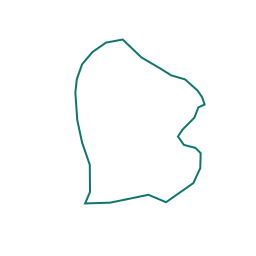 the Statistical Region of Kičevo, rotated 55°
{"feature_id": "MKD-2954", "entity_name": "Kičevo", "entity_type": "Statistical Region", "adm_level": 1, "iso_a3": "MKD", "parent_name": "North Macedonia", "parent_adm1": "", "projection": "natural_earth1", "projection_center": [20.955, 41.51], "detail": "fine", "context": "isolated", "style": "outline", "palette": "teal", "viewbox_px": 256, "rotation_deg": 55, "n_neighbors": 0, "source": "natural_earth", "source_scale": "10m", "svg_char_len": 533}
<svg xmlns="http://www.w3.org/2000/svg" viewBox="0 0 256 256"><g transform="rotate(55 128 128)"><path d="M152.7,51.8L151.5,58.6L157.6,67.6L160.6,84.2L163.6,91.9L173.9,91.9L183.0,84.2L190.3,82.9L202.4,91.9L210.6,106.0L210.6,121.4L210.6,139.4L194.4,149.6L178.9,185.5L165.2,206.4L158.6,195.8L136.2,180.4L113.7,174.0L92.4,165.0L68.9,150.9L58.6,141.9L49.5,129.1L45.4,113.7L45.4,106.7L45.4,97.1L52.5,81.6L78.0,76.5L97.4,67.6L109.7,62.4L120.9,53.4L137.1,49.6L145.3,49.6L152.7,51.8Z" fill="none" stroke="#0f766e" stroke-width="2"/></g></svg>